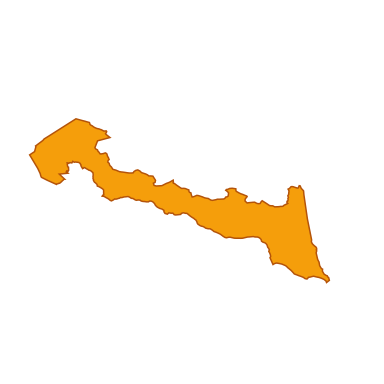 the district of San Miguel Amatlán, Oaxaca, Mexico, rotated 296°
{"feature_id": "50627088B29039475897325", "entity_name": "San Miguel Amatlán", "entity_type": "district", "adm_level": 2, "iso_a3": "MEX", "parent_name": "Mexico", "parent_adm1": "Oaxaca", "projection": "equal_earth", "projection_center": [-96.46, 17.2], "detail": "fine", "context": "isolated", "style": "filled", "palette": "amber", "viewbox_px": 384, "rotation_deg": 296, "n_neighbors": 0, "source": "geoboundaries", "source_scale": "gbopen_adm2", "svg_char_len": 5919}
<svg xmlns="http://www.w3.org/2000/svg" viewBox="0 0 384 384"><g transform="rotate(296 192 192)"><path d="M244.9,286.6L244.7,285.6L242.3,285.7L241.7,285.0L241.3,282.4L241.1,280.7L240.7,279.4L240.0,278.6L238.7,278.3L237.6,277.8L236.7,277.1L235.5,278.7L232.1,279.9L230.6,279.8L229.3,281.1L228.3,281.0L227.4,281.7L225.7,282.0L225.3,281.5L224.1,282.0L223.7,283.1L222.0,281.8L220.4,280.5L219.4,280.2L218.5,279.3L218.0,278.1L217.0,276.7L216.0,274.9L214.9,272.8L215.0,270.6L214.5,269.6L213.8,267.7L214.3,264.3L214.6,261.6L214.9,258.9L213.5,258.4L211.6,258.3L210.7,257.0L210.2,255.4L210.3,252.8L209.6,251.5L208.8,250.2L207.4,247.9L206.3,246.3L207.2,243.6L208.9,242.9L210.5,243.2L212.0,243.6L212.4,243.0L212.2,241.1L212.1,238.9L211.8,236.5L211.8,234.6L212.0,231.5L212.6,230.8L214.1,230.0L213.0,226.5L211.7,224.3L210.2,223.1L209.3,221.8L208.3,221.6L208.2,222.6L207.7,224.2L207.3,225.2L204.3,226.3L203.0,225.6L202.2,224.5L200.5,224.3L199.6,223.5L197.7,220.1L196.6,217.9L195.6,216.9L193.4,214.0L193.0,212.4L193.3,209.4L192.8,207.9L192.3,205.9L192.2,203.6L191.8,200.7L191.6,199.4L191.1,197.8L189.9,196.8L189.0,196.0L188.2,195.2L187.6,194.3L189.0,192.8L190.8,191.3L190.6,190.0L191.1,189.1L192.5,188.2L192.3,186.7L192.2,184.6L191.7,183.0L190.7,181.2L190.7,180.0L191.4,175.2L192.0,172.4L191.7,171.6L192.1,170.9L193.1,170.7L194.4,169.9L193.3,169.1L191.8,168.1L190.8,167.4L189.6,166.3L188.6,165.3L186.9,164.0L184.5,162.2L181.7,157.2L181.3,155.0L183.0,153.4L184.4,154.6L186.5,154.1L189.1,149.9L188.4,148.0L187.5,146.1L187.9,144.6L187.9,142.5L187.3,138.1L188.0,136.1L188.1,133.6L186.8,132.0L185.0,130.9L183.4,130.7L182.5,129.2L181.5,127.1L181.0,125.7L180.3,123.4L179.6,121.2L179.0,119.6L178.5,117.9L178.4,116.2L178.3,114.1L177.7,110.9L179.1,108.7L179.9,106.4L181.5,104.9L181.9,103.3L182.2,103.2L183.0,102.9L183.7,102.8L184.8,103.3L186.5,101.5L186.8,100.7L188.9,98.8L189.1,98.2L189.2,97.1L188.8,96.6L188.2,95.9L187.6,95.5L187.3,94.9L186.4,93.7L186.0,92.7L187.2,90.5L187.3,89.8L188.4,88.6L188.5,86.4L188.9,85.9L189.3,85.3L196.6,84.7L205.0,94.4L206.1,89.4L206.5,88.7L206.9,88.8L207.6,88.9L208.1,88.9L208.8,88.9L209.3,88.4L209.6,88.6L208.1,86.0L208.2,84.3L208.2,82.8L208.0,82.2L208.0,81.1L207.4,78.7L207.3,77.1L207.3,75.8L207.5,74.2L207.7,73.7L207.8,71.3L208.1,70.5L208.7,70.2L209.5,69.3L206.9,55.6L179.4,38.7L174.8,35.8L174.7,35.8L173.0,35.4L164.8,31.2L164.4,31.8L159.3,32.8L154.2,29.8L145.6,43.0L141.9,47.6L140.3,48.9L139.2,50.2L139.1,56.7L139.4,66.8L139.9,66.8L140.5,67.8L141.0,68.1L141.4,68.5L141.6,68.9L142.2,69.4L142.7,69.6L143.4,69.9L144.0,70.2L144.7,70.4L145.4,70.6L146.2,71.0L146.8,71.2L147.5,71.5L147.7,71.9L149.9,64.9L154.5,72.2L154.9,70.2L155.7,70.1L156.1,70.2L156.3,70.3L156.3,70.6L156.2,70.9L156.1,71.2L156.1,71.4L156.1,71.5L157.2,71.5L157.5,71.6L160.2,70.1L160.2,69.2L162.4,67.6L162.9,67.8L163.2,67.5L163.5,67.1L163.7,67.5L163.7,68.6L163.8,68.6L164.1,68.7L164.4,68.9L164.4,69.1L164.6,69.3L164.8,69.4L165.0,69.6L165.1,69.8L165.1,70.1L165.2,70.5L165.4,70.8L165.4,71.1L165.5,71.3L167.3,71.4L167.1,73.1L167.5,73.6L167.7,73.8L168.0,74.4L168.1,74.7L168.2,75.2L168.4,75.6L168.4,75.8L168.5,76.0L168.7,76.5L168.8,76.8L168.9,77.4L168.7,78.8L168.6,79.0L168.3,79.2L168.2,79.4L168.1,79.7L168.0,80.0L167.5,80.3L167.3,80.5L167.0,80.6L166.4,81.4L166.1,81.7L165.9,82.1L165.8,82.5L165.7,82.6L165.5,82.9L165.2,83.1L165.0,83.4L165.8,84.0L166.7,84.3L166.8,85.7L166.6,86.9L166.6,88.2L166.5,89.0L166.4,89.8L166.6,90.7L166.7,91.3L166.7,91.8L166.4,92.6L166.3,93.1L166.0,94.4L165.3,94.9L163.9,95.8L162.7,96.1L161.9,96.7L161.1,96.9L160.6,97.2L160.1,98.0L159.5,98.1L158.9,98.8L158.4,99.5L158.0,100.2L158.0,100.8L157.7,101.8L157.5,102.3L157.2,103.3L155.8,104.3L156.0,105.6L155.9,107.6L155.6,110.3L155.1,111.6L154.0,112.2L152.5,112.9L150.9,113.9L150.0,113.2L148.9,113.1L149.5,114.9L149.3,117.0L149.2,119.6L149.0,120.7L148.6,122.2L148.7,123.5L150.4,124.8L151.8,125.5L152.2,126.7L153.0,127.7L153.9,128.6L154.8,129.7L155.7,130.1L156.2,131.4L157.7,133.0L158.8,134.8L159.9,136.5L160.0,138.3L159.7,140.1L160.3,141.8L160.0,144.6L160.3,145.9L161.2,147.0L161.9,148.9L161.6,150.2L161.9,151.7L162.4,153.1L162.5,153.2L163.3,155.7L164.1,157.2L165.3,157.9L165.9,159.3L166.0,160.6L165.8,161.7L165.1,163.6L164.3,164.5L163.8,165.5L163.2,167.4L163.1,170.3L163.5,172.4L163.2,174.8L161.9,175.5L160.9,177.1L161.3,179.6L163.1,180.3L163.8,182.6L164.6,184.1L163.8,186.0L164.2,187.4L166.2,190.6L166.9,191.7L168.1,191.8L169.5,193.3L170.0,195.5L170.6,196.9L169.9,199.6L169.5,201.5L169.2,203.6L169.1,205.2L168.7,206.3L168.6,207.6L167.5,209.3L166.3,210.4L165.7,211.4L165.5,212.7L165.3,214.2L165.5,215.8L165.8,216.9L165.8,218.3L165.5,220.1L166.0,222.5L166.9,224.5L166.6,227.2L166.1,229.1L166.4,231.3L166.5,233.6L166.5,235.9L166.2,237.6L165.8,239.6L165.6,241.6L166.0,243.1L167.4,244.8L168.1,246.1L169.0,250.1L169.8,252.0L171.0,254.4L171.8,256.2L172.7,257.8L175.9,261.7L176.6,263.0L177.6,264.6L178.8,266.6L179.2,268.3L180.3,270.8L180.4,272.8L179.6,275.0L178.3,276.0L178.0,277.8L178.3,279.6L178.1,281.0L177.4,282.5L176.5,283.4L175.6,284.2L175.0,285.4L174.0,286.8L172.2,287.1L171.3,288.5L169.9,290.0L168.5,291.0L167.1,290.9L162.3,296.6L163.2,297.1L164.4,298.1L165.3,299.3L166.0,301.8L166.6,304.3L166.7,306.2L166.8,308.4L166.5,309.8L166.0,311.1L165.0,315.3L164.5,316.7L163.8,318.5L163.2,319.8L163.3,321.1L163.5,322.9L163.6,324.6L163.9,326.8L164.1,329.6L163.7,331.6L164.2,333.5L165.2,333.9L166.3,334.0L167.5,335.7L168.5,336.8L169.6,338.2L170.0,340.1L170.4,341.8L170.9,343.7L171.2,346.1L171.3,349.0L170.7,351.5L169.6,352.6L172.8,354.2L175.0,352.3L175.1,351.4L176.0,350.2L175.8,349.0L176.1,346.7L178.0,343.9L179.9,343.2L179.9,342.0L180.5,340.9L181.8,339.0L184.7,336.9L185.7,335.5L186.6,334.4L191.8,330.2L193.8,329.9L194.5,329.0L195.3,329.2L196.3,328.4L197.1,327.0L197.1,326.1L197.5,324.9L198.1,323.1L198.7,322.2L199.6,321.1L201.4,320.5L218.4,307.5L238.4,293.9L239.7,293.1L241.9,291.8L242.1,291.4L243.1,288.8L243.6,288.0L244.9,286.6Z" fill="#f59e0b" stroke="#b45309" stroke-width="1.5"/></g></svg>